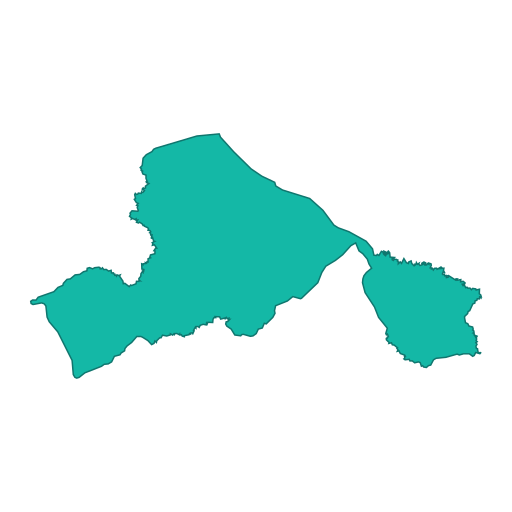 Nikhom Nam Un, Sakon Nakhon, Thailand (orthographic projection)
{"feature_id": "78962969B87350252424765", "entity_name": "Nikhom Nam Un", "entity_type": "district", "adm_level": 2, "iso_a3": "THA", "parent_name": "Thailand", "parent_adm1": "Sakon Nakhon", "projection": "orthographic", "projection_center": [103.748, 17.175], "detail": "fine", "context": "isolated", "style": "filled", "palette": "teal", "viewbox_px": 512, "rotation_deg": 0, "n_neighbors": 0, "source": "geoboundaries", "source_scale": "gbopen_adm2", "svg_char_len": 6099}
<svg xmlns="http://www.w3.org/2000/svg" viewBox="0 0 512 512"><path d="M479.3,293.8L479.5,289.2L476.1,290.0L475.8,288.9L472.7,288.4L471.4,289.7L470.0,288.1L467.8,288.2L467.0,287.2L465.7,287.7L464.3,284.9L463.1,285.7L462.2,284.2L464.9,283.6L465.0,282.8L463.1,281.3L460.6,281.8L460.8,279.6L456.8,280.3L456.2,279.9L457.2,278.9L456.0,278.8L455.5,280.0L448.4,275.5L447.5,275.8L448.5,276.6L448.2,277.2L446.4,277.6L446.1,275.5L444.7,275.8L444.3,274.2L443.0,274.6L442.4,273.9L443.1,272.0L444.4,272.3L443.5,270.5L443.9,268.2L440.8,268.5L441.8,267.7L441.0,267.0L437.1,269.3L436.6,268.2L434.6,268.3L433.3,270.0L432.5,268.3L431.4,268.9L431.3,267.9L430.2,267.8L431.3,265.3L431.0,263.8L428.8,263.1L428.9,264.3L427.5,263.5L426.7,264.9L424.9,265.1L424.4,264.1L425.5,264.2L425.7,262.9L423.9,262.0L421.8,263.3L422.1,264.1L423.1,263.7L422.9,264.4L420.0,265.5L418.7,264.1L419.0,263.3L417.4,264.3L416.4,262.6L416.1,264.1L414.8,264.2L415.2,265.0L414.1,265.8L411.8,263.5L411.1,260.9L408.7,262.0L408.3,263.5L406.4,262.7L403.9,258.6L401.5,263.4L400.2,261.9L398.3,263.7L398.4,261.9L397.4,261.1L397.9,260.1L396.1,259.3L393.9,259.4L393.3,260.4L392.2,259.7L392.2,258.1L393.6,258.5L394.5,257.5L390.1,257.1L389.7,253.1L388.0,253.7L389.1,252.0L388.3,251.1L386.5,253.5L386.4,252.3L384.2,251.3L386.0,256.2L383.6,254.1L382.9,251.9L381.4,251.3L378.9,255.5L377.3,254.4L376.4,255.5L373.9,255.2L372.5,248.8L366.1,241.2L348.9,231.7L338.2,227.8L333.9,225.1L322.9,210.3L309.7,198.5L282.5,190.0L275.8,186.0L274.7,182.3L262.0,176.3L251.1,168.9L233.8,151.9L220.5,137.2L219.2,133.9L196.9,136.0L155.8,148.2L153.6,149.3L152.0,151.6L146.3,154.7L143.1,158.2L142.2,165.5L140.2,167.6L141.5,169.0L141.0,170.1L142.6,171.1L142.0,171.7L142.9,174.0L146.0,175.1L146.0,178.4L147.0,180.9L146.4,181.5L147.2,181.9L146.6,182.6L148.9,183.5L145.4,186.2L145.5,188.0L143.7,188.5L143.2,187.9L142.4,188.8L142.3,189.8L142.9,189.2L144.5,190.6L142.9,192.4L141.6,192.0L141.3,193.4L138.3,193.1L137.7,194.2L136.4,194.4L135.3,193.4L134.7,194.7L135.5,198.5L134.3,199.3L136.4,202.6L138.2,203.4L136.6,205.3L137.9,205.7L137.2,207.6L138.3,210.3L137.8,211.0L138.5,211.3L132.0,210.8L130.0,213.2L130.5,214.5L129.5,216.3L131.4,217.8L131.2,219.2L132.6,218.5L134.9,219.5L136.1,218.8L136.1,220.3L137.7,220.0L136.5,222.3L138.5,223.0L139.6,222.2L142.2,223.9L143.1,225.5L144.1,225.3L144.4,226.2L147.7,227.7L148.5,228.9L148.0,230.2L150.0,230.6L150.7,231.7L149.7,232.7L150.5,233.0L150.7,235.0L152.0,234.9L151.3,238.0L152.3,238.5L152.7,237.9L153.7,241.2L154.6,241.4L152.2,242.7L152.9,243.6L152.4,245.3L154.4,244.8L156.7,248.1L155.6,248.2L153.9,250.7L155.0,250.9L154.9,253.7L150.5,254.9L149.8,257.3L150.5,257.8L148.1,258.7L148.0,262.0L147.0,261.7L146.6,263.1L145.4,262.6L145.6,263.5L143.1,263.8L143.0,264.7L141.7,263.9L141.9,269.0L143.9,269.5L143.6,271.3L142.6,270.9L142.9,272.4L142.2,271.9L141.0,273.6L140.7,276.4L138.9,278.5L139.0,280.1L139.8,280.7L139.0,280.6L138.9,281.4L136.5,281.3L136.0,283.8L131.6,285.5L130.7,285.0L129.2,286.6L124.8,283.3L123.3,283.7L122.9,281.1L119.5,276.1L120.1,275.0L118.7,275.5L117.1,274.9L116.5,276.1L116.0,275.2L114.8,275.3L114.8,274.1L113.4,273.8L113.4,272.9L111.5,272.9L111.1,270.3L108.6,271.1L106.2,269.4L103.8,269.6L102.4,267.8L101.5,268.8L100.1,268.8L100.0,267.6L98.9,267.2L94.7,267.7L92.6,268.8L89.5,267.6L87.2,268.3L86.9,270.8L83.5,271.7L79.8,274.4L75.1,274.9L70.3,278.9L67.0,279.4L63.4,283.3L62.8,285.4L58.0,287.4L53.9,291.7L38.2,297.2L36.0,300.1L32.6,300.0L30.7,301.3L31.1,303.5L33.0,304.5L41.6,302.9L44.2,303.8L45.9,306.0L47.1,317.1L49.2,321.7L57.8,331.9L72.1,360.4L73.3,374.6L74.9,377.3L76.7,378.1L79.1,377.4L84.9,372.8L101.5,366.3L104.2,364.3L108.2,363.9L111.6,361.9L114.4,356.3L120.0,354.8L121.1,353.0L124.6,350.8L124.9,348.6L127.1,345.9L131.6,342.5L136.8,336.5L141.0,336.5L143.0,337.5L147.9,340.6L151.6,344.6L154.0,343.4L154.9,341.0L156.4,342.4L156.7,340.8L159.7,337.8L161.0,337.8L162.5,335.2L166.7,336.0L170.4,334.9L170.4,333.8L172.7,335.1L173.9,333.8L174.4,334.5L174.8,333.6L176.9,333.5L179.3,334.7L179.8,333.9L180.1,335.0L181.4,334.7L182.2,336.1L184.3,336.7L184.3,335.7L189.1,334.7L189.5,333.6L190.6,334.1L190.8,333.0L192.2,332.9L192.8,333.7L194.1,330.8L193.5,330.4L195.2,327.4L195.9,328.1L195.9,326.6L198.1,326.5L199.2,327.4L200.2,325.3L203.2,324.3L206.2,324.9L206.5,323.2L207.1,324.2L207.9,322.3L212.7,322.5L213.0,319.3L213.9,317.7L215.6,317.6L215.1,316.6L219.6,316.8L220.7,319.1L225.0,318.0L225.2,318.7L226.3,317.4L227.2,318.6L228.9,318.2L228.4,319.5L229.7,319.4L227.6,321.6L226.2,321.8L225.7,324.0L226.8,326.1L231.2,329.1L234.8,335.0L240.7,335.8L241.7,334.6L243.3,334.3L250.4,336.3L253.0,335.9L256.2,333.6L258.3,329.1L262.3,328.0L264.3,323.3L266.2,323.9L272.8,317.4L275.0,313.3L274.5,310.7L275.6,305.7L287.4,301.0L292.8,296.6L300.5,298.7L301.5,298.3L317.8,282.7L321.8,272.5L325.8,266.2L335.4,260.4L342.7,254.7L350.8,245.7L355.7,242.9L359.0,250.9L362.8,253.7L367.3,259.1L369.0,264.0L371.6,268.2L366.4,272.5L363.9,275.8L362.9,278.9L362.5,282.7L365.1,292.6L374.5,307.0L378.6,317.4L387.3,328.2L385.8,333.5L386.4,334.8L387.4,334.1L388.4,336.7L387.3,337.2L387.3,338.8L387.0,338.0L386.3,338.4L386.4,339.8L389.2,342.6L388.9,343.4L391.5,342.8L392.3,344.8L394.2,345.1L397.5,347.8L396.9,348.3L398.0,349.9L397.3,351.3L399.0,350.9L400.3,353.5L404.7,355.1L405.3,356.2L404.5,356.3L404.8,358.2L403.9,358.9L405.1,359.8L409.2,359.3L409.9,360.9L412.3,360.9L414.7,362.8L418.4,361.9L420.2,362.6L421.4,366.2L422.7,365.7L423.6,367.0L426.4,367.5L428.5,365.6L430.7,365.1L433.5,359.8L436.1,358.3L445.9,357.3L457.1,354.1L459.3,355.0L463.5,353.8L469.3,353.8L472.7,356.3L474.2,355.5L475.7,352.5L479.9,353.7L481.1,352.3L480.0,353.0L478.0,352.1L477.5,348.7L476.4,348.4L475.9,346.1L477.0,344.4L475.8,342.5L477.2,341.7L476.0,340.4L476.7,339.0L475.6,337.0L476.5,337.3L477.1,336.2L474.2,335.0L474.1,333.3L473.2,333.0L474.0,332.5L473.8,330.9L472.6,330.0L473.2,329.1L472.6,327.0L468.9,326.0L467.8,323.7L465.5,322.7L464.6,318.0L464.6,316.5L467.6,313.6L468.1,311.5L469.7,310.7L472.8,303.9L474.8,303.1L475.1,300.8L476.8,300.4L477.3,298.7L479.4,298.9L479.6,297.1L480.6,297.7L480.3,296.9L481.3,297.0L480.7,294.9L479.3,293.8Z" fill="#14b8a6" stroke="#0f766e" stroke-width="1.5"/></svg>